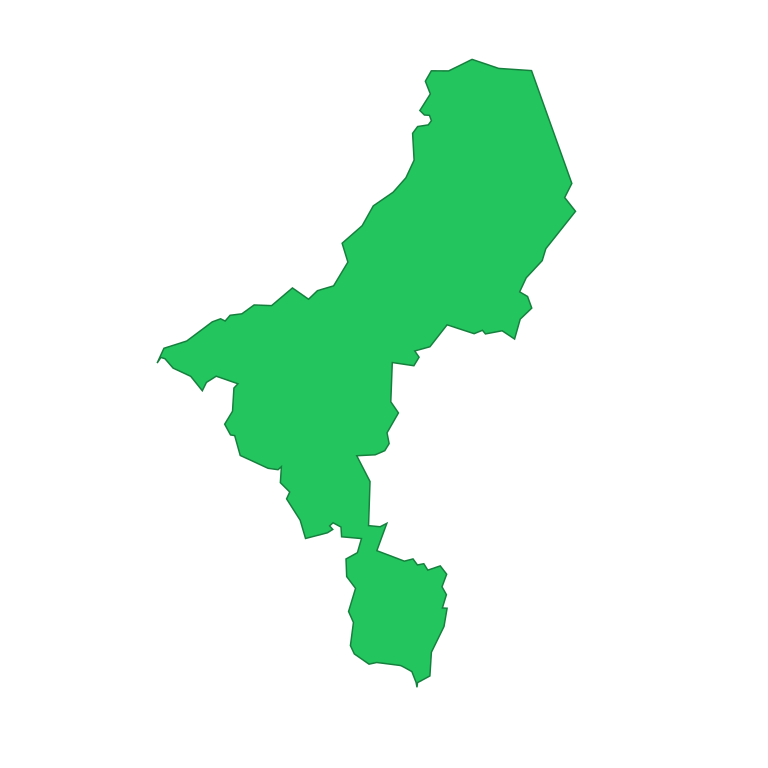 the district of Valandovo, Valandovo, North Macedonia, rotated 80°
{"feature_id": "65306769B91068225618475", "entity_name": "Valandovo", "entity_type": "district", "adm_level": 2, "iso_a3": "MKD", "parent_name": "North Macedonia", "parent_adm1": "Valandovo", "projection": "mercator", "projection_center": [22.574, 41.338], "detail": "fine", "context": "isolated", "style": "filled", "palette": "green", "viewbox_px": 768, "rotation_deg": 80, "n_neighbors": 0, "source": "geoboundaries", "source_scale": "gbopen_adm2", "svg_char_len": 1761}
<svg xmlns="http://www.w3.org/2000/svg" viewBox="0 0 768 768"><g transform="rotate(80 384 384)"><path d="M126.1,297.5L127.3,292.6L132.9,291.6L136.5,295.4L136.3,306.2L142.1,312.3L168.8,315.5L184.7,326.6L196.7,341.7L206.7,363.6L224.3,378.0L238.1,400.8L257.7,398.4L278.6,416.6L280.5,433.3L287.4,443.6L273.5,457.5L287.3,481.1L283.6,498.2L290.2,511.8L289.6,523.6L294.4,529.5L291.4,533.6L293.0,542.4L307.4,570.8L310.6,594.5L324.0,603.8L319.1,599.1L321.1,595.3L331.8,588.9L342.9,573.0L359.1,564.1L351.6,558.6L347.2,547.9L358.4,527.8L361.9,532.5L384.5,537.9L395.9,547.9L407.5,544.0L408.9,540.0L429.4,538.0L446.9,512.8L450.0,503.2L447.6,499.4L463.2,503.2L474.0,495.6L480.2,499.9L503.6,490.2L522.5,488.1L520.7,465.5L518.3,459.7L514.3,462.2L511.8,458.3L517.4,451.2L527.1,452.3L532.3,433.0L545.5,439.5L549.7,451.8L567.2,454.2L580.3,447.5L601.9,458.4L613.5,455.5L635.8,462.5L644.7,460.1L657.3,447.4L657.0,439.6L658.9,433.3L659.6,431.1L662.7,421.1L663.8,417.6L664.4,416.1L666.3,413.6L670.4,408.5L672.1,406.5L683.6,404.2L688.4,404.2L683.9,402.8L679.5,389.5L656.4,383.9L633.2,367.0L615.8,360.8L614.7,365.4L602.3,359.1L593.8,362.1L582.2,355.3L572.9,360.2L574.9,373.2L567.9,376.0L568.0,382.5L561.3,385.8L562.0,394.7L546.9,420.0L521.7,405.4L523.9,412.6L520.8,423.8L477.6,414.7L449.9,423.3L452.2,404.9L449.8,394.8L443.6,389.3L432.6,389.5L415.0,374.8L402.7,380.4L364.3,372.1L371.2,351.4L363.7,344.8L356.8,348.0L355.3,332.3L336.7,311.6L350.1,286.5L348.2,277.7L352.3,275.4L352.1,258.4L362.4,247.6L343.8,238.6L334.9,225.3L322.8,227.4L316.8,234.4L304.1,225.5L290.0,206.8L278.8,201.1L247.2,165.4L231.8,173.7L219.1,164.2L101.0,184.3L93.1,216.3L79.6,240.9L86.9,266.0L83.8,283.0L93.0,290.7L106.4,288.0L120.9,301.2L126.1,297.5Z" fill="#22c55e" stroke="#15803d" stroke-width="1.5"/></g></svg>